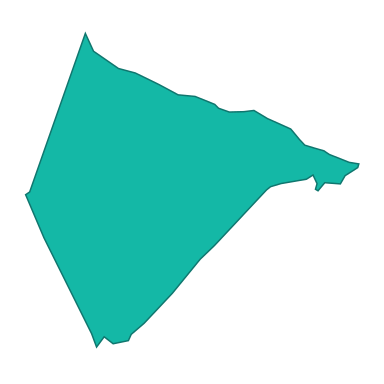 outline of Agat, Guam, rotated 91°
{"feature_id": "77769853B39660846480906", "entity_name": "Agat", "entity_type": "district", "adm_level": 2, "iso_a3": "GUM", "parent_name": "Guam", "parent_adm1": "", "projection": "orthographic", "projection_center": [144.666, 13.365], "detail": "fine", "context": "isolated", "style": "filled", "palette": "teal", "viewbox_px": 384, "rotation_deg": 91, "n_neighbors": 0, "source": "geoboundaries", "source_scale": "gbopen_adm2", "svg_char_len": 754}
<svg xmlns="http://www.w3.org/2000/svg" viewBox="0 0 384 384"><g transform="rotate(91 192 192)"><path d="M161.0,25.7L159.6,35.4L152.1,55.3L149.6,59.2L148.6,60.6L145.8,71.0L143.2,80.1L137.6,85.5L130.0,92.0L127.3,94.4L118.3,115.4L117.3,117.8L109.4,131.5L110.8,141.6L111.4,156.1L107.8,166.9L104.0,170.8L96.4,190.6L95.1,207.6L85.1,227.0L74.0,250.8L69.8,267.7L53.0,292.9L35.3,301.4L194.8,354.3L197.6,358.3L240.4,339.2L335.4,289.9L348.7,284.7L338.3,277.3L345.1,268.2L341.7,253.0L335.4,250.3L324.0,237.5L293.5,209.8L259.0,182.6L245.1,168.6L188.6,117.5L185.3,113.5L182.0,103.1L177.2,77.8L172.9,71.3L181.5,67.1L187.1,68.6L188.6,66.0L186.2,64.1L180.4,59.4L181.3,43.8L173.0,39.2L164.7,26.7L161.0,25.7Z" fill="#14b8a6" stroke="#0f766e" stroke-width="1.5"/></g></svg>